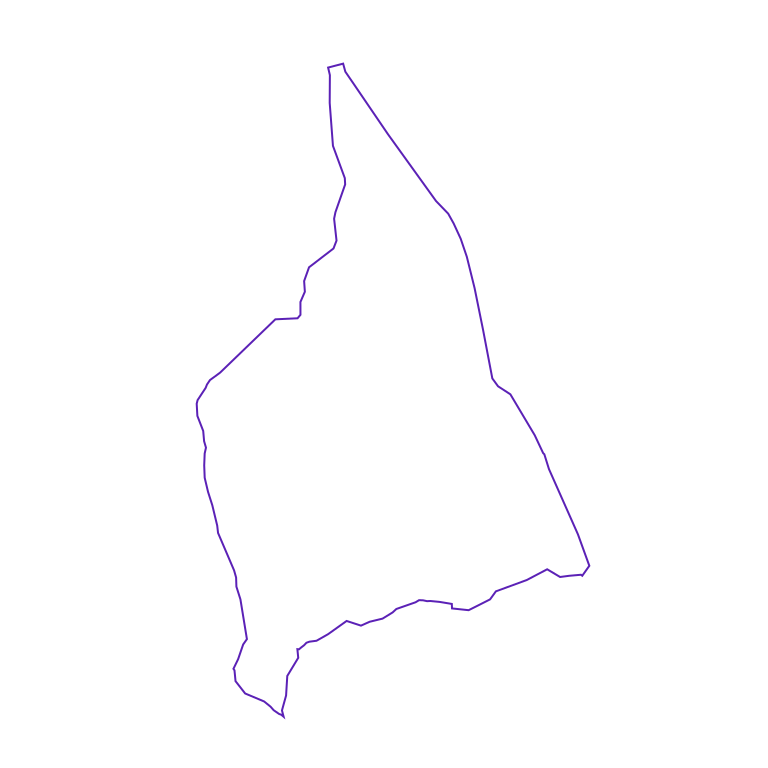 Santo Domingo Albarradas, Oaxaca, Mexico (Natural Earth projection), rotated 175°
{"feature_id": "50627088B23410005526234", "entity_name": "Santo Domingo Albarradas", "entity_type": "district", "adm_level": 2, "iso_a3": "MEX", "parent_name": "Mexico", "parent_adm1": "Oaxaca", "projection": "natural_earth1", "projection_center": [-96.205, 17.064], "detail": "fine", "context": "isolated", "style": "outline", "palette": "violet", "viewbox_px": 768, "rotation_deg": 175, "n_neighbors": 0, "source": "geoboundaries", "source_scale": "gbopen_adm2", "svg_char_len": 1476}
<svg xmlns="http://www.w3.org/2000/svg" viewBox="0 0 768 768"><g transform="rotate(175 384 384)"><path d="M513.0,61.3L514.1,67.7L508.7,82.2L505.8,101.6L493.3,118.7L493.4,127.4L491.8,127.1L489.4,128.8L486.4,130.7L483.8,133.0L480.7,133.8L473.6,134.1L461.6,139.6L441.9,151.2L428.0,145.3L419.0,148.4L405.9,150.4L395.3,155.7L391.3,158.8L371.6,163.8L367.9,165.6L363.9,165.1L360.0,163.9L356.8,163.8L347.7,162.1L335.6,159.0L335.8,154.5L319.4,151.3L309.8,155.1L297.1,160.2L290.6,167.7L258.8,176.3L237.6,185.2L225.4,176.4L216.2,176.8L204.4,176.8L203.2,175.7L195.3,185.0L203.9,217.3L227.1,284.9L230.4,300.0L231.5,301.3L238.3,319.8L259.0,362.7L270.6,371.8L275.6,380.1L280.6,429.3L285.4,471.6L290.4,503.5L294.9,521.9L300.6,537.8L305.2,548.1L316.2,561.7L358.3,632.5L385.8,681.6L386.2,682.3L386.3,682.5L395.3,698.5L396.8,706.7L412.1,704.1L411.0,696.4L413.6,668.7L414.1,625.7L405.1,592.5L405.3,586.2L417.4,559.4L419.3,553.0L418.8,531.0L422.5,523.4L448.5,506.8L454.6,493.5L454.8,482.8L460.1,473.0L461.2,460.2L464.4,457.0L486.6,457.9L546.3,409.6L557.0,403.1L560.4,398.9L562.0,395.7L571.1,384.2L572.3,380.7L572.7,368.5L568.2,353.0L568.2,342.7L566.9,336.1L568.7,330.4L570.2,318.6L570.8,306.2L568.7,291.9L565.6,278.1L562.5,257.5L562.3,250.1L549.6,211.4L548.2,204.1L548.7,195.0L545.8,182.0L542.8,141.8L547.0,136.8L553.3,122.6L558.8,113.4L557.9,111.8L557.8,100.9L549.3,87.8L531.1,78.2L525.1,72.4L522.3,68.6L517.2,64.4L515.2,63.5L513.0,61.3Z" fill="none" stroke="#5b21b6" stroke-width="2"/></g></svg>